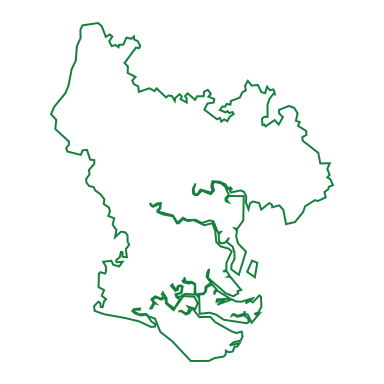 the district of Remedios, Chiriquí, Panama
{"feature_id": "35544464B82986872921628", "entity_name": "Remedios", "entity_type": "district", "adm_level": 2, "iso_a3": "PAN", "parent_name": "Panama", "parent_adm1": "Chiriquí", "projection": "mercator", "projection_center": [-81.789, 8.225], "detail": "fine", "context": "isolated", "style": "outline", "palette": "green", "viewbox_px": 384, "rotation_deg": 0, "n_neighbors": 0, "source": "geoboundaries", "source_scale": "gbopen_adm2", "svg_char_len": 6023}
<svg xmlns="http://www.w3.org/2000/svg" viewBox="0 0 384 384"><path d="M94.0,306.3L94.7,310.9L104.4,314.3L125.1,318.0L138.9,321.3L151.0,326.9L154.9,326.6L155.3,324.2L151.3,321.4L146.6,314.6L140.8,315.5L134.8,313.3L132.3,311.1L133.7,309.2L140.0,308.5L139.8,309.8L134.0,309.6L132.9,310.8L139.4,314.4L146.2,313.9L148.6,316.4L155.0,318.6L160.3,331.9L172.3,341.3L190.8,361.0L208.9,360.9L214.8,358.0L223.6,356.6L225.7,354.4L225.9,350.7L228.8,352.3L232.7,351.5L234.7,346.7L237.2,346.6L239.6,343.2L229.7,345.4L233.8,342.1L240.5,340.7L242.6,336.5L241.6,331.6L236.5,333.0L231.6,331.4L215.2,322.1L210.4,316.9L199.3,317.0L192.3,308.3L188.9,313.4L185.9,314.5L181.1,311.1L178.4,311.6L181.3,310.6L184.9,313.0L187.6,312.9L189.4,308.5L187.9,306.5L195.4,309.0L197.6,303.1L194.4,296.8L183.4,296.0L173.5,310.2L165.9,303.2L165.4,297.6L161.3,299.6L155.7,297.4L152.1,300.1L156.1,303.7L154.4,303.4L151.7,308.5L150.4,308.4L153.6,303.0L151.4,299.2L155.3,296.3L161.8,298.9L163.5,295.2L161.8,294.4L162.8,292.5L166.5,298.1L166.8,303.1L174.3,308.4L179.8,299.5L176.4,297.1L175.5,294.2L181.0,292.9L182.0,287.5L181.3,286.1L178.5,286.2L177.7,290.0L175.3,290.8L171.0,285.7L173.2,283.7L171.6,285.8L173.9,286.6L175.8,290.2L178.3,285.8L180.9,285.4L182.7,286.5L181.6,293.0L176.2,294.5L178.4,297.6L185.2,293.9L194.5,294.5L195.0,285.0L191.8,282.7L188.8,283.6L183.3,282.3L182.6,280.6L184.7,279.6L184.2,277.1L185.3,280.3L183.3,280.6L183.7,281.8L191.8,281.8L195.2,284.1L195.4,293.1L198.7,297.8L198.3,294.0L203.4,293.4L205.3,291.2L205.5,286.9L210.9,282.8L206.7,276.9L207.3,272.6L209.1,268.9L207.9,277.7L225.7,293.2L233.3,296.3L238.2,293.4L237.6,291.1L241.2,290.0L230.4,277.0L227.9,276.7L229.7,275.9L226.8,271.2L223.1,271.5L226.3,269.9L226.4,262.9L231.7,251.5L228.6,248.6L220.8,246.5L216.3,242.1L215.2,230.8L212.3,223.2L204.3,225.2L193.5,220.1L188.1,221.1L182.8,219.1L178.7,223.3L176.9,223.3L173.0,216.3L163.3,214.5L157.5,212.0L157.4,210.3L159.8,208.2L160.2,203.6L153.0,206.8L151.6,206.1L149.7,203.1L153.1,206.2L156.7,203.5L160.8,203.1L160.3,208.4L158.0,211.5L172.8,215.4L177.6,222.7L183.0,217.7L187.1,220.0L195.5,219.7L202.0,223.0L209.5,220.4L213.4,221.2L217.9,232.5L220.7,232.0L218.6,234.6L219.1,242.1L221.6,243.4L225.1,242.7L229.1,237.7L226.6,241.9L232.6,246.6L234.4,252.0L234.5,259.2L231.5,264.6L231.3,269.4L238.8,274.8L246.0,251.6L238.2,243.7L236.2,236.9L236.9,230.5L234.8,228.4L237.3,228.8L243.3,220.4L243.7,196.1L229.1,196.0L226.1,199.4L228.3,202.1L225.8,201.1L225.4,198.5L228.7,194.8L225.1,186.5L221.0,183.4L214.4,181.8L212.6,185.0L214.0,190.5L210.7,194.2L201.7,190.7L197.5,195.0L194.9,195.0L193.2,193.7L192.8,189.0L195.6,183.4L193.5,189.4L194.6,194.3L197.3,194.2L200.5,189.6L211.2,192.5L212.4,191.3L211.3,185.9L212.5,181.2L219.8,181.7L225.4,184.4L228.1,188.6L230.3,187.4L232.3,189.7L229.2,188.3L230.7,192.5L240.5,190.4L243.8,191.7L246.3,196.4L245.9,202.5L248.5,209.2L250.1,203.3L252.9,201.5L259.1,203.0L261.2,209.6L269.2,203.1L271.9,204.6L272.2,207.3L279.3,205.4L283.4,210.0L286.0,224.1L295.0,222.1L303.2,211.9L305.1,206.3L314.9,200.2L318.0,201.0L325.8,197.3L324.4,192.1L328.1,189.4L328.9,186.8L333.0,185.2L330.3,179.1L327.3,177.4L329.6,174.8L327.3,168.9L329.8,163.3L320.3,163.4L318.3,152.9L302.8,140.8L302.2,137.3L306.4,134.9L306.2,131.0L298.0,125.8L299.7,122.1L295.9,120.8L297.6,113.3L294.2,107.8L288.8,106.0L279.1,109.8L279.1,113.4L282.9,117.1L278.7,124.5L274.6,120.1L265.6,126.4L264.5,124.5L262.5,125.1L262.0,118.8L264.2,116.9L267.6,116.9L267.5,104.8L269.6,98.6L273.5,93.7L274.7,94.3L274.4,91.6L273.2,89.4L270.0,90.3L267.1,86.7L265.1,93.2L261.3,92.1L257.9,85.0L251.7,85.6L247.8,80.9L245.1,85.6L245.8,90.5L242.5,92.2L239.7,97.7L230.9,100.9L230.4,104.6L226.6,104.0L225.1,106.7L222.5,106.5L219.8,110.0L225.6,112.4L227.6,111.1L229.1,113.1L232.5,112.0L233.7,114.0L229.8,116.7L227.2,121.2L224.1,119.3L221.3,121.6L219.9,117.9L217.0,119.3L204.4,109.7L207.4,103.6L213.7,102.5L214.2,99.0L208.4,96.7L210.9,93.9L207.8,89.8L204.1,91.8L203.7,96.2L197.2,96.3L195.0,99.8L187.6,93.3L185.0,96.2L186.6,98.2L186.7,102.5L180.6,99.1L181.8,96.5L179.6,94.2L175.2,98.1L174.8,100.9L172.0,96.1L168.5,95.5L166.1,97.4L156.6,88.4L154.6,91.1L149.4,88.3L138.8,91.9L138.2,86.3L133.7,84.1L132.3,80.4L135.5,76.9L127.7,73.0L127.9,66.5L124.5,63.0L136.0,47.6L139.1,48.2L140.2,45.9L137.7,41.1L134.2,39.5L133.9,36.5L131.1,38.8L126.5,37.6L123.3,44.6L119.0,44.9L118.5,47.2L115.3,45.0L111.7,46.1L109.2,41.3L112.3,36.6L109.7,34.5L105.8,36.9L101.8,26.3L98.1,23.0L82.4,25.4L80.4,29.8L80.6,38.0L76.9,46.1L75.8,60.5L71.6,69.4L68.4,86.0L65.4,93.1L54.3,106.7L51.0,114.1L56.3,119.9L55.3,129.0L69.0,141.6L68.8,144.8L66.2,148.2L67.4,151.5L80.8,154.9L82.6,150.3L87.0,149.9L90.1,159.6L94.3,160.2L94.3,163.7L89.0,170.0L89.5,174.5L86.0,179.2L86.6,182.8L89.1,186.0L93.6,187.0L95.3,190.5L100.6,194.3L104.3,199.2L103.7,204.0L108.9,207.5L110.0,211.5L108.3,216.0L114.2,218.2L112.7,224.6L116.4,230.0L115.1,237.2L121.0,231.7L125.4,232.4L127.5,235.3L127.6,241.8L129.2,244.8L125.8,249.1L126.9,257.2L122.5,256.7L122.5,252.2L121.0,252.0L119.8,257.0L116.2,260.1L116.5,262.2L122.6,261.8L119.2,266.5L113.3,264.8L111.4,260.8L103.2,261.8L106.1,267.0L105.9,271.9L104.9,273.6L100.4,272.2L98.9,273.7L98.6,287.2L104.1,290.1L101.7,295.7L106.1,299.2L104.1,301.2L102.6,307.2L100.7,307.0L100.3,303.1L98.4,301.7L94.0,306.3ZM214.2,294.6L214.5,291.3L216.7,289.6L212.1,284.4L206.6,287.2L205.9,291.5L203.4,294.2L199.1,294.6L199.7,313.8L209.5,312.7L216.4,314.7L223.8,319.8L246.7,323.2L248.8,322.1L248.2,318.7L244.1,315.3L237.1,316.8L233.8,314.6L231.9,315.7L232.3,314.7L233.8,314.0L237.5,315.8L244.1,313.7L244.6,311.1L244.9,314.3L247.7,314.5L251.7,322.8L259.4,313.6L255.9,314.7L255.1,313.7L258.6,312.1L261.4,306.8L261.0,297.0L259.4,295.4L252.8,302.4L250.2,300.7L245.6,303.4L248.7,299.5L241.7,301.7L236.1,301.5L232.0,299.4L217.2,304.7L223.0,301.2L220.4,300.4L216.6,301.7L216.9,299.4L230.1,298.6L217.5,290.8L215.4,291.3L214.2,294.6ZM254.8,277.3L257.3,262.8L252.1,260.6L247.2,271.8L254.8,277.3ZM250.3,299.1L252.2,299.1L252.7,298.4L250.3,299.1ZM223.4,299.3L224.2,299.7L224.4,299.4L223.4,299.3Z" fill="none" stroke="#15803d" stroke-width="2"/></svg>